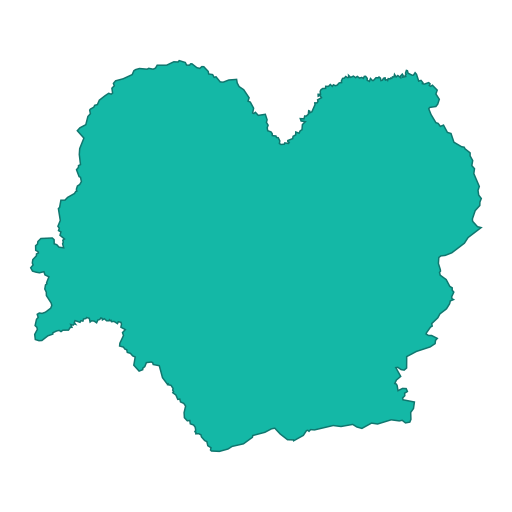 Si Satchanalai, Sukhothai, Thailand (Albers equal-area conic projection)
{"feature_id": "78962969B22677252120762", "entity_name": "Si Satchanalai", "entity_type": "district", "adm_level": 2, "iso_a3": "THA", "parent_name": "Thailand", "parent_adm1": "Sukhothai", "projection": "albers", "projection_center": [99.746, 17.588], "detail": "fine", "context": "isolated", "style": "filled", "palette": "teal", "viewbox_px": 512, "rotation_deg": 0, "n_neighbors": 0, "source": "geoboundaries", "source_scale": "gbopen_adm2", "svg_char_len": 5878}
<svg xmlns="http://www.w3.org/2000/svg" viewBox="0 0 512 512"><path d="M415.1,72.7L413.5,75.1L412.3,75.3L408.1,73.2L407.4,70.7L406.4,70.4L405.5,73.1L406.1,74.6L405.1,75.4L405.7,76.5L402.7,77.2L403.2,75.6L402.3,74.1L400.6,75.9L400.6,77.7L397.8,75.5L396.1,77.0L394.5,74.4L394.0,76.9L392.4,76.9L391.7,78.4L390.7,78.0L390.1,78.9L388.2,78.6L387.7,80.4L387.2,79.7L385.5,80.1L385.0,77.2L384.6,78.9L383.5,78.3L382.4,80.2L380.9,80.6L380.4,78.1L379.0,77.0L378.2,77.8L376.0,77.7L373.4,80.5L372.4,80.5L370.5,78.5L369.4,81.4L367.2,80.3L367.2,78.3L365.6,76.3L364.3,76.4L363.3,78.4L361.7,77.4L359.6,78.1L357.3,76.4L355.6,77.7L353.4,76.1L350.7,77.4L348.6,75.4L348.8,77.4L347.4,77.6L345.7,76.5L344.4,78.1L342.6,78.4L341.4,80.9L341.6,82.6L339.2,82.9L337.1,85.2L335.4,85.7L333.4,84.8L332.3,86.4L330.3,84.5L328.5,86.4L325.7,86.3L325.6,88.4L322.7,88.5L321.0,89.7L320.2,91.3L320.5,94.3L318.1,94.3L318.2,96.2L320.0,95.4L321.5,97.7L317.6,99.8L318.0,101.4L317.0,102.9L314.8,102.9L315.0,104.7L311.9,111.8L309.8,112.8L309.7,111.1L308.7,110.7L308.3,114.3L306.2,116.1L304.7,116.0L304.0,118.8L300.3,118.6L301.1,121.0L305.3,121.7L302.4,124.6L302.0,129.7L300.2,130.8L299.0,133.2L295.8,132.0L295.7,134.9L293.1,136.3L292.7,138.6L287.8,140.5L287.8,141.5L289.2,142.4L288.5,143.5L284.8,142.9L284.3,144.2L280.9,144.5L279.4,143.5L279.8,140.9L278.2,137.7L276.5,137.5L275.9,136.0L272.3,135.6L272.2,133.6L271.0,131.9L267.7,130.7L267.2,127.7L268.1,125.2L266.4,122.4L267.1,119.8L265.3,114.3L258.3,115.4L255.4,112.3L253.9,113.5L252.6,113.0L253.6,108.2L250.3,102.1L248.0,101.1L249.1,97.8L243.7,89.7L239.1,86.6L237.2,83.0L236.6,79.4L228.8,80.0L223.1,82.2L220.2,81.9L216.0,76.8L214.2,77.4L212.6,74.6L208.7,74.0L208.2,71.4L203.8,66.7L201.8,66.6L199.8,68.4L196.9,67.7L191.9,63.8L190.5,63.9L189.6,65.2L186.6,65.1L185.3,62.5L179.2,60.6L178.1,62.0L173.8,61.8L166.6,65.2L157.2,65.2L155.5,68.1L153.1,69.2L148.7,68.3L147.2,69.2L139.5,68.5L135.6,69.6L133.9,70.7L132.2,74.6L123.1,78.8L115.6,80.8L113.4,83.4L114.3,85.8L111.9,88.2L112.6,93.1L111.2,94.2L108.7,93.3L105.1,95.7L99.3,100.2L97.4,104.6L94.7,105.3L93.8,107.2L90.4,109.1L89.7,110.1L90.4,113.7L87.9,116.5L85.8,124.7L79.9,127.8L77.3,130.7L83.9,138.1L79.7,148.6L79.3,154.5L80.5,164.6L78.5,165.6L78.5,167.3L76.5,169.7L79.1,176.6L80.5,177.3L81.4,181.6L79.7,184.5L77.4,186.0L76.4,189.2L76.8,191.2L75.7,191.5L74.5,193.5L67.6,197.4L64.9,200.2L60.9,200.2L59.6,207.4L58.4,208.6L60.3,220.5L57.9,226.3L59.3,228.2L58.5,230.6L60.9,231.9L60.0,235.3L64.5,239.0L62.8,240.2L63.3,242.2L62.6,243.7L63.7,247.8L59.0,247.2L56.8,244.7L54.2,243.8L54.1,239.7L52.3,238.0L40.9,238.5L37.9,241.5L37.5,244.1L35.6,245.7L35.7,250.3L38.1,251.7L38.4,253.0L36.5,253.9L36.4,255.8L32.8,259.6L32.3,263.0L33.1,264.9L30.7,267.8L32.5,271.1L36.1,272.2L39.5,272.8L43.9,271.7L45.0,274.9L48.9,276.8L46.6,282.7L46.9,283.8L45.5,284.9L44.8,289.0L46.3,292.1L46.4,295.6L51.1,302.9L51.8,305.4L50.7,308.2L45.4,312.2L42.1,313.4L39.3,313.0L37.2,314.3L38.2,317.4L36.5,319.3L35.1,325.6L36.8,327.2L37.4,329.3L34.7,334.4L35.3,339.5L39.0,340.7L41.9,340.5L47.9,335.8L52.8,334.1L52.9,332.7L56.8,330.9L59.2,330.4L61.0,331.6L62.9,330.2L68.5,330.1L70.4,327.3L71.9,327.3L70.7,324.5L73.2,325.1L74.3,323.8L75.5,324.2L74.3,322.5L75.1,320.6L80.0,322.3L80.9,320.7L82.9,321.1L83.5,319.0L85.9,318.5L86.6,317.5L89.3,318.3L90.1,322.0L91.6,320.8L94.1,321.1L96.6,322.8L97.9,320.0L99.7,319.5L100.9,317.9L102.1,318.4L102.4,319.9L104.3,318.7L106.7,320.8L108.8,320.8L109.4,319.8L110.1,320.7L111.0,320.3L111.5,321.7L114.0,321.4L117.5,323.6L118.3,321.7L120.9,322.3L121.5,324.1L120.9,327.2L125.3,329.6L122.5,332.6L123.5,335.5L119.9,343.2L119.6,346.0L123.4,347.1L125.0,349.2L126.7,349.7L127.3,352.4L130.4,353.3L132.7,355.9L135.2,357.0L133.8,365.2L139.1,371.1L142.7,369.7L142.8,368.2L144.8,366.6L146.4,362.6L151.3,362.0L152.7,362.7L153.2,364.5L159.3,365.7L162.5,377.7L167.1,383.8L168.0,383.7L167.7,384.7L171.0,385.3L173.1,388.5L172.7,390.1L173.6,391.6L172.8,392.7L175.9,395.0L177.8,399.4L179.8,399.1L180.5,401.9L183.8,403.4L185.6,406.1L184.1,412.6L184.4,417.7L187.3,420.8L189.8,420.5L190.3,423.8L193.6,425.0L195.2,427.2L195.7,430.2L194.9,431.7L195.9,432.2L195.8,433.8L198.8,433.7L201.0,434.9L201.4,436.8L204.6,440.5L206.9,441.7L207.8,445.7L211.0,447.7L210.5,450.0L211.5,451.0L219.4,451.4L228.0,449.0L232.1,446.4L243.5,443.8L252.4,437.3L252.8,435.5L264.9,432.3L271.5,428.8L274.8,428.2L280.2,434.0L287.5,439.7L293.3,439.9L293.6,440.8L303.3,435.4L306.5,430.6L307.8,430.3L309.0,431.3L310.6,429.6L314.5,429.9L333.2,425.5L341.0,426.5L352.7,424.4L356.9,427.0L361.9,428.4L371.5,423.1L377.6,424.0L391.2,419.8L399.3,420.9L402.2,420.3L405.5,422.9L409.8,422.1L410.9,419.4L410.7,412.4L413.5,408.5L414.4,402.0L403.0,399.8L402.6,398.0L404.8,395.7L404.6,393.2L407.4,391.5L406.2,388.6L402.6,388.4L398.0,390.7L397.2,385.8L396.4,384.1L394.8,383.5L396.4,380.0L400.7,376.4L395.8,367.6L397.8,367.3L401.1,369.6L404.2,370.1L406.6,368.0L406.7,356.6L416.5,351.4L430.2,346.9L435.1,343.6L435.5,340.4L437.3,338.4L431.6,335.5L428.5,335.5L426.1,334.0L426.4,332.9L430.5,327.1L432.2,326.1L431.7,323.6L437.8,317.8L439.9,313.9L446.5,308.8L449.6,303.8L450.3,300.9L453.5,299.6L451.9,298.6L451.7,296.7L453.8,292.1L452.2,290.2L452.2,287.8L449.8,286.4L446.2,279.6L440.2,275.2L439.5,272.4L440.5,271.1L440.3,269.6L438.4,263.5L438.8,257.5L440.8,255.9L445.2,255.4L451.8,252.8L464.4,243.2L468.1,237.5L481.1,227.6L477.5,226.7L472.6,221.3L472.4,218.9L475.2,210.6L479.8,205.5L479.9,202.0L481.3,198.5L478.7,195.1L478.0,190.4L479.3,186.5L473.8,173.6L474.5,168.7L471.8,165.6L472.7,160.6L470.1,155.9L470.1,152.9L465.0,148.8L464.2,147.2L461.5,146.7L453.9,142.2L451.0,133.5L447.4,132.4L443.5,125.1L440.4,126.4L438.1,123.4L435.9,122.7L431.0,114.5L428.7,108.7L429.8,107.4L435.9,106.5L437.7,104.2L439.3,99.3L435.9,94.0L437.2,90.1L432.4,85.2L430.7,86.3L429.3,85.5L430.1,83.9L428.7,82.6L424.3,84.1L422.4,83.6L422.9,82.7L421.0,80.4L418.7,81.1L416.5,74.3L415.1,72.7Z" fill="#14b8a6" stroke="#0f766e" stroke-width="1.5"/></svg>